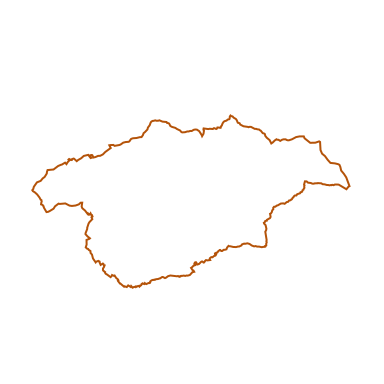 Crasna, Gorj, Romania, rotated 74°
{"feature_id": "2599482B71276356252313", "entity_name": "Crasna", "entity_type": "district", "adm_level": 2, "iso_a3": "ROU", "parent_name": "Romania", "parent_adm1": "Gorj", "projection": "natural_earth1", "projection_center": [23.564, 45.231], "detail": "fine", "context": "isolated", "style": "outline", "palette": "amber", "viewbox_px": 384, "rotation_deg": 74, "n_neighbors": 0, "source": "geoboundaries", "source_scale": "gbopen_adm2", "svg_char_len": 6085}
<svg xmlns="http://www.w3.org/2000/svg" viewBox="0 0 384 384"><g transform="rotate(74 192 192)"><path d="M145.4,343.8L146.2,345.0L147.3,344.7L149.1,343.1L151.7,341.5L155.3,340.1L157.7,339.6L158.2,339.0L159.7,339.1L160.9,339.9L162.3,340.5L163.2,339.2L163.9,339.1L164.7,338.6L166.1,338.7L171.2,337.4L171.4,335.8L171.1,334.1L169.9,329.7L168.0,327.6L166.4,323.5L167.0,322.5L168.1,316.9L171.3,313.5L172.3,311.3L172.9,307.7L172.7,304.2L171.6,302.0L172.0,300.5L175.6,302.1L177.4,301.9L180.4,299.9L184.3,298.4L183.9,297.9L185.5,297.3L185.4,296.8L184.9,296.4L184.9,295.7L184.6,295.4L187.0,295.0L186.9,294.5L188.2,294.4L188.7,295.6L190.6,295.3L192.7,298.9L193.8,300.1L197.5,302.6L198.6,302.9L202.3,305.7L203.2,306.0L206.0,304.6L208.4,302.9L208.7,303.5L209.0,306.6L213.5,307.8L215.9,309.4L217.5,308.5L218.2,307.5L219.2,307.2L220.7,305.9L222.6,306.3L224.6,305.4L228.6,305.5L233.1,304.0L232.6,303.4L232.4,301.1L233.1,300.7L233.2,300.1L233.4,300.0L234.8,300.2L236.9,299.9L236.2,297.4L237.0,296.9L238.2,297.0L238.5,296.3L240.2,297.6L240.9,298.6L242.4,299.1L243.1,299.0L245.0,297.6L245.4,297.9L246.8,297.5L247.8,296.5L251.4,293.7L250.4,292.1L249.8,291.7L251.2,290.0L251.0,289.4L253.7,288.6L255.6,287.3L256.5,287.1L256.7,287.7L257.1,287.7L260.1,286.5L260.1,286.2L264.3,283.4L264.0,282.9L265.4,280.9L264.2,279.1L266.4,277.1L265.6,276.4L267.6,275.4L267.3,274.0L267.5,273.0L267.2,272.3L267.3,271.9L267.9,271.9L267.5,270.4L267.7,270.2L267.6,269.0L267.6,268.6L268.4,268.5L267.7,267.1L267.6,266.5L266.6,265.9L266.2,264.8L266.8,264.4L267.2,263.2L266.8,262.9L267.3,262.7L267.0,262.1L267.9,261.3L267.5,258.8L267.8,258.3L267.8,257.5L267.3,257.0L266.5,256.9L265.8,255.3L265.7,254.0L266.0,253.0L265.8,252.4L266.2,251.9L265.9,250.7L266.3,248.5L266.1,247.0L266.3,246.7L265.5,244.1L265.7,243.4L267.3,241.7L267.2,240.6L266.3,238.2L266.3,235.8L268.9,229.6L268.9,228.6L269.8,227.8L269.7,227.3L270.1,227.1L270.0,226.4L269.6,226.2L269.6,225.5L269.9,224.8L270.1,222.9L270.8,221.7L270.8,220.1L271.2,219.2L271.2,217.0L269.2,213.7L269.3,211.9L268.0,212.2L267.0,213.1L264.7,213.8L264.3,212.6L263.3,210.9L263.2,209.3L261.7,209.6L260.6,208.7L260.5,208.0L260.6,207.5L261.5,207.2L262.7,207.6L263.3,206.5L263.0,205.6L263.1,205.0L261.8,202.8L261.5,201.9L261.7,201.1L263.0,200.4L263.1,200.0L262.3,198.8L261.8,198.4L261.3,197.3L262.0,196.1L262.4,193.3L261.3,193.5L260.6,193.1L259.9,191.4L260.4,190.3L259.6,188.5L259.6,187.0L259.4,186.7L258.6,186.0L257.9,187.0L257.4,186.9L257.0,185.2L257.1,184.2L256.0,182.9L255.8,182.0L255.4,181.4L255.5,180.9L256.8,180.1L257.0,179.1L256.3,177.6L256.6,176.4L256.6,174.7L255.0,173.5L253.9,171.8L254.2,171.6L254.7,170.2L256.2,167.5L257.1,164.8L257.1,162.9L257.4,161.7L257.0,159.2L256.2,158.5L256.0,156.7L256.0,156.0L256.4,155.5L256.6,152.9L257.8,151.0L259.9,149.3L261.4,147.3L261.5,145.8L262.4,144.5L262.9,142.7L264.3,140.1L264.4,138.5L264.8,137.0L264.7,136.6L264.0,136.5L264.0,135.6L263.8,135.3L262.3,135.0L260.8,134.0L259.8,134.1L258.8,133.5L250.4,132.5L249.2,131.3L247.8,130.6L244.1,130.4L242.2,131.4L241.4,131.4L241.1,130.4L240.0,129.5L240.2,128.0L239.4,127.6L238.6,124.3L238.0,123.6L237.1,123.2L234.5,123.0L234.3,122.0L233.4,120.9L231.7,119.9L231.0,118.6L229.6,118.3L228.8,117.2L229.1,115.9L228.4,114.3L228.5,113.3L227.6,109.8L228.0,107.7L228.3,106.9L228.8,106.5L228.8,105.9L227.8,103.8L227.9,102.3L226.9,101.0L227.1,99.9L226.8,98.9L226.5,98.6L226.5,98.0L225.2,96.7L225.1,96.0L224.2,95.2L223.7,93.9L224.1,92.6L223.1,91.5L223.0,88.5L222.1,87.7L222.3,86.9L222.0,86.0L220.8,85.3L220.5,84.2L219.5,83.6L219.0,82.8L217.1,82.5L216.6,82.0L215.7,82.2L212.9,80.5L213.4,78.9L215.0,77.9L216.1,75.3L217.1,74.1L217.6,72.6L217.5,71.7L218.2,68.9L218.1,68.6L218.9,66.5L219.3,65.3L220.5,64.3L221.2,62.4L222.4,60.5L222.8,59.2L223.5,58.0L223.6,56.3L223.9,56.0L223.8,55.1L224.5,53.9L224.2,52.9L224.3,52.2L225.2,49.3L225.5,48.8L231.9,42.8L230.0,40.1L229.8,39.0L220.5,39.7L216.4,41.0L212.5,42.7L208.8,42.5L206.5,42.8L205.5,43.9L203.9,46.7L202.2,50.9L198.5,52.7L194.1,54.3L191.0,56.4L187.1,56.9L179.2,55.1L178.4,55.8L178.6,59.8L177.3,64.8L171.4,69.0L169.4,69.2L168.2,73.3L167.9,76.8L168.9,81.4L169.0,84.5L168.8,85.5L168.0,86.8L167.2,87.4L166.6,89.6L166.6,91.0L167.2,93.1L165.7,94.4L165.1,95.9L164.6,96.3L165.3,98.3L166.6,100.6L167.2,102.4L163.5,103.1L160.4,105.2L158.2,106.1L156.4,106.0L155.8,106.4L154.9,107.8L152.0,109.0L151.4,109.7L150.5,110.2L149.7,112.0L149.0,112.9L148.6,114.3L145.7,117.3L145.2,118.9L145.3,119.8L144.8,120.4L143.0,124.4L140.5,127.0L139.0,127.3L138.0,128.9L135.3,129.2L133.9,129.7L132.0,131.5L130.5,132.2L129.9,133.4L129.1,133.9L129.8,134.8L132.0,135.7L132.3,136.1L132.2,137.7L132.9,139.2L132.9,141.3L133.4,142.4L134.5,143.7L136.4,145.1L136.8,145.9L138.2,146.8L138.0,147.5L137.4,148.3L137.3,149.3L137.0,149.8L138.0,150.7L138.1,151.4L136.8,153.0L136.7,153.6L137.2,154.6L136.1,157.5L136.0,159.0L134.1,163.3L134.8,163.7L135.2,163.5L135.9,163.8L136.4,163.6L139.2,164.9L141.1,166.9L139.9,167.0L135.5,168.3L133.4,170.1L132.8,171.7L132.7,173.3L133.3,175.5L132.8,176.9L132.9,178.4L132.5,179.9L132.6,182.2L132.0,185.0L131.4,185.7L129.6,186.5L127.2,189.2L125.8,190.3L123.9,193.3L122.6,194.6L120.0,195.1L119.4,195.6L118.8,196.9L117.7,197.2L116.2,201.0L114.1,203.6L114.2,204.6L113.7,206.6L113.0,207.6L113.0,209.4L112.8,210.4L113.2,211.8L114.0,212.7L116.2,214.3L117.9,216.6L119.6,217.6L121.5,220.8L122.1,222.3L123.8,223.5L125.3,225.4L124.9,227.1L124.8,230.5L124.1,233.8L124.1,234.9L124.3,236.1L125.9,238.0L126.3,239.0L125.7,241.9L125.6,244.5L126.7,247.6L126.8,249.0L126.3,253.7L125.1,254.6L124.4,257.5L124.3,258.6L127.3,258.0L129.6,264.3L131.3,267.3L131.9,270.3L131.4,272.3L131.8,275.2L131.7,277.2L129.1,277.7L128.7,278.5L128.7,279.7L129.2,280.1L131.4,279.4L131.4,279.9L129.0,280.3L129.1,280.7L129.5,280.8L127.7,281.5L127.5,286.1L129.0,289.2L129.9,292.8L130.6,294.3L127.5,296.2L127.2,296.7L127.4,298.5L128.0,298.6L128.0,299.4L126.4,301.0L126.8,301.8L127.9,301.3L128.9,303.1L130.6,305.0L128.8,305.9L129.8,309.7L129.7,310.3L130.1,313.5L132.2,318.9L131.1,324.8L132.7,325.9L134.2,326.5L136.9,329.5L137.8,331.8L139.6,334.4L140.0,338.4L143.4,342.6L145.4,343.8Z" fill="none" stroke="#b45309" stroke-width="2"/></g></svg>